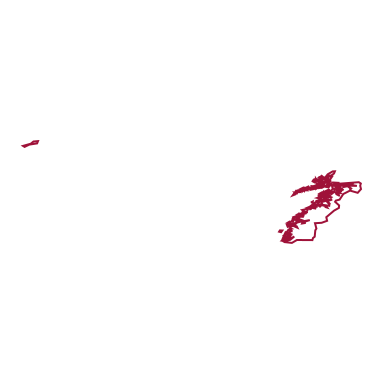 SVG path tracing the border of Nordland
{"feature_id": "NOR-75", "entity_name": "Nordland", "entity_type": "County", "adm_level": 1, "iso_a3": "NOR", "parent_name": "Norway", "parent_adm1": "", "projection": "natural_earth1", "projection_center": [13.986, 68.065], "detail": "fine", "context": "isolated", "style": "outline", "palette": "rose", "viewbox_px": 384, "rotation_deg": 0, "n_neighbors": 0, "source": "natural_earth", "source_scale": "10m", "svg_char_len": 6145}
<svg xmlns="http://www.w3.org/2000/svg" viewBox="0 0 384 384"><path d="M360.8,183.5L360.2,185.8L361.0,189.1L357.7,192.8L350.0,190.6L343.3,194.0L339.6,199.6L335.8,200.6L335.1,201.8L339.1,205.4L338.9,207.9L334.1,210.6L326.3,217.2L327.1,220.8L321.6,222.8L315.0,223.2L316.4,228.6L315.3,230.3L314.7,236.7L313.0,238.0L312.4,240.1L296.9,240.0L291.9,242.9L284.7,242.1L284.6,241.2L290.3,239.8L294.3,236.5L288.6,239.6L286.9,239.5L288.6,238.7L286.7,238.2L291.3,237.8L285.3,238.1L288.6,235.8L291.1,236.5L288.4,234.6L291.4,235.8L290.3,234.8L292.3,234.3L290.0,234.3L290.7,234.0L289.5,233.4L290.1,233.2L289.6,232.2L288.8,233.5L288.2,233.3L289.1,232.3L287.8,233.2L286.8,231.9L288.6,229.8L290.4,230.6L290.1,231.1L292.4,231.4L289.4,229.4L291.5,228.8L290.1,228.1L291.1,226.5L293.2,225.9L297.4,227.7L296.7,226.3L294.2,225.4L295.7,223.9L291.1,224.1L302.0,221.3L302.6,221.7L301.5,222.2L302.7,222.2L302.1,223.5L305.7,222.9L303.0,222.2L309.8,220.1L303.2,221.3L302.6,220.5L295.7,222.3L297.3,221.0L302.1,220.2L299.2,219.1L299.5,219.9L298.1,220.4L295.7,220.0L295.2,219.4L297.0,218.9L296.5,217.8L297.3,217.6L294.9,216.7L296.5,216.3L298.1,217.8L299.9,217.8L298.6,217.6L298.5,216.7L303.8,216.8L301.1,216.0L304.5,215.3L298.3,216.2L298.4,215.1L300.4,214.9L297.4,214.5L297.7,214.3L302.2,214.7L298.1,213.5L304.1,213.9L306.6,213.1L302.6,213.5L302.4,212.8L304.9,212.7L301.7,212.3L307.9,212.2L304.1,211.5L302.2,210.0L307.7,208.8L306.6,209.5L307.2,210.0L307.5,210.0L308.8,207.7L310.0,209.2L310.9,209.0L311.5,207.8L315.3,208.5L315.5,207.8L311.5,207.4L312.7,206.1L313.8,206.0L313.4,206.9L317.6,206.7L314.6,205.8L315.7,205.4L320.5,205.2L319.4,206.2L320.7,207.1L319.9,206.2L322.0,205.2L325.7,206.2L325.6,207.1L327.2,207.6L325.6,205.4L330.2,205.9L321.6,204.7L322.9,203.6L316.6,205.2L315.9,205.2L316.9,204.2L312.2,204.8L316.0,201.8L318.5,202.5L321.4,201.4L318.5,201.4L317.3,200.7L321.5,199.2L322.8,199.9L320.9,199.5L321.5,200.3L320.9,200.7L318.6,200.9L321.0,201.0L323.2,200.3L322.5,201.8L326.2,200.8L329.2,204.2L329.7,203.8L327.5,201.0L332.2,199.6L323.8,200.0L324.2,199.0L326.7,199.2L325.9,198.4L323.0,198.6L325.0,197.4L324.5,196.9L327.6,197.7L329.1,197.6L325.9,196.7L328.3,196.4L330.9,197.6L331.3,197.3L328.7,196.2L329.5,195.6L325.9,195.6L326.2,194.6L323.0,197.0L318.7,198.2L317.3,197.9L319.2,197.2L318.1,196.8L322.2,196.5L317.8,195.3L322.0,194.8L318.8,194.9L320.7,194.0L323.7,194.4L323.2,195.1L326.8,193.7L327.6,193.7L327.1,194.4L327.5,194.7L330.2,193.1L331.6,194.0L334.1,192.0L331.4,191.7L331.8,191.2L330.7,191.8L328.3,191.7L327.6,191.1L325.7,192.4L324.3,191.7L328.8,189.6L330.0,190.6L328.5,190.8L328.6,191.4L331.4,190.7L333.0,188.2L334.6,189.7L333.9,191.8L335.8,192.6L336.4,194.2L338.9,195.5L339.9,195.5L336.8,194.1L336.8,192.7L336.0,192.3L339.3,194.0L337.6,192.3L339.1,192.9L340.2,193.0L338.3,191.3L342.1,191.2L337.0,190.8L336.4,190.2L340.8,189.6L339.0,188.6L335.5,189.0L337.8,188.4L334.6,187.7L336.8,187.3L343.5,190.2L340.5,187.8L336.0,186.6L342.0,185.7L344.2,186.2L343.7,187.0L347.5,186.2L350.1,188.1L350.2,189.6L351.2,188.5L348.7,186.8L349.0,185.7L356.9,185.9L351.8,185.0L352.7,183.7L346.5,185.2L345.9,185.0L347.0,184.5L345.7,184.0L339.7,185.1L339.3,183.7L358.8,182.2L360.8,183.5ZM339.5,182.9L334.6,183.5L332.1,186.3L331.6,184.2L330.4,185.3L330.9,185.9L330.1,185.4L328.5,187.4L324.7,186.6L328.3,184.6L327.5,184.0L326.2,185.5L321.7,187.9L320.5,187.9L323.1,185.2L325.1,184.8L323.7,184.6L324.9,184.3L322.9,183.8L323.4,183.2L328.6,182.3L326.2,180.5L329.6,180.9L326.6,180.1L326.3,179.1L328.6,178.9L327.5,178.1L329.1,176.6L332.0,176.7L329.7,180.1L330.5,181.1L329.2,182.2L328.8,184.8L332.7,182.5L339.5,182.9ZM313.0,181.5L314.8,180.3L313.5,180.0L314.2,179.3L314.9,179.2L315.2,180.1L315.9,180.3L315.9,178.8L316.7,180.0L319.4,179.9L320.0,178.2L320.7,179.4L321.2,178.4L322.6,179.0L320.7,176.6L321.6,175.8L323.6,177.4L322.9,177.9L324.3,177.5L323.6,178.9L325.4,178.4L324.1,179.3L325.6,180.4L325.3,181.4L321.4,182.9L318.2,182.3L322.7,180.9L322.5,180.0L320.9,179.7L321.5,180.1L320.9,180.7L318.5,181.3L316.6,180.8L314.6,182.4L313.0,181.5ZM38.0,141.1L37.1,143.4L29.4,144.6L24.5,146.9L23.0,145.9L30.8,143.7L33.5,141.5L38.0,141.1ZM322.8,184.9L317.3,188.1L317.8,187.1L317.1,186.8L315.8,188.6L310.5,189.8L310.5,189.0L312.5,188.4L311.2,188.2L312.2,188.0L311.9,187.2L314.3,187.3L312.9,186.2L315.5,186.4L314.9,185.7L316.3,185.3L317.0,186.1L317.6,185.2L318.4,185.6L317.9,186.5L319.4,185.2L322.8,184.9ZM327.2,177.4L326.0,177.9L325.9,176.6L327.7,174.3L332.7,171.4L334.9,171.3L334.0,173.5L331.2,175.5L327.2,175.9L327.2,177.4ZM307.6,187.9L310.0,188.1L308.5,189.4L305.2,189.7L306.1,190.3L304.5,190.3L304.2,191.2L302.9,190.3L302.1,191.6L301.2,191.2L302.8,189.7L301.5,190.2L302.1,189.5L301.5,189.3L303.2,188.6L301.7,188.4L303.5,187.5L305.4,187.9L307.8,186.8L307.6,187.9ZM285.5,232.4L288.7,235.4L282.8,238.4L283.7,236.1L284.9,235.7L284.2,235.4L286.4,234.2L284.7,234.1L285.5,232.4ZM296.1,190.7L297.4,190.9L296.0,191.9L296.8,191.9L296.9,193.2L295.1,192.8L296.0,193.7L295.5,194.3L292.7,195.4L296.1,190.7ZM336.0,183.8L339.1,184.7L337.9,185.0L338.3,185.6L334.5,185.8L336.0,183.8ZM288.6,225.5L293.9,225.1L287.0,227.1L288.6,225.5ZM285.0,240.0L286.1,240.2L284.1,241.1L281.8,240.7L284.3,238.5L285.6,239.3L285.0,240.0ZM319.3,184.2L315.6,183.2L320.6,183.3L319.3,184.2ZM290.8,223.6L289.2,224.3L286.1,225.1L289.7,222.7L287.9,222.6L289.4,221.7L290.2,222.7L289.3,223.1L290.8,223.6ZM298.9,190.2L300.9,190.3L300.0,192.1L297.6,192.2L298.4,190.8L299.5,191.3L298.9,190.2ZM282.3,230.5L281.1,232.2L279.1,231.7L279.9,230.4L282.3,230.5ZM311.5,206.0L310.5,208.7L309.3,207.7L307.9,207.5L311.5,206.0ZM324.4,193.2L323.9,193.7L322.8,193.8L320.2,193.3L322.0,192.3L322.5,193.0L324.4,193.2ZM332.5,192.2L331.9,192.6L326.8,192.3L328.0,191.9L332.5,192.2ZM308.5,187.2L311.4,187.7L310.6,188.2L308.5,187.2ZM293.6,220.6L292.9,221.7L291.3,221.3L292.5,220.2L293.6,220.6ZM294.5,217.7L293.9,219.4L292.6,218.9L292.9,218.0L294.5,217.7ZM320.1,187.8L318.1,188.3L319.9,187.4L320.1,187.8ZM320.5,177.6L320.1,178.0L318.6,177.8L319.3,177.1L320.5,177.6ZM312.8,201.5L312.7,202.3L310.9,202.5L312.8,201.5ZM323.0,192.9L323.6,191.7L324.3,192.7L323.0,192.9ZM282.7,241.0L283.9,241.3L284.2,241.6L284.4,241.9L282.7,241.0Z" fill="none" stroke="#9f1239" stroke-width="2"/></svg>